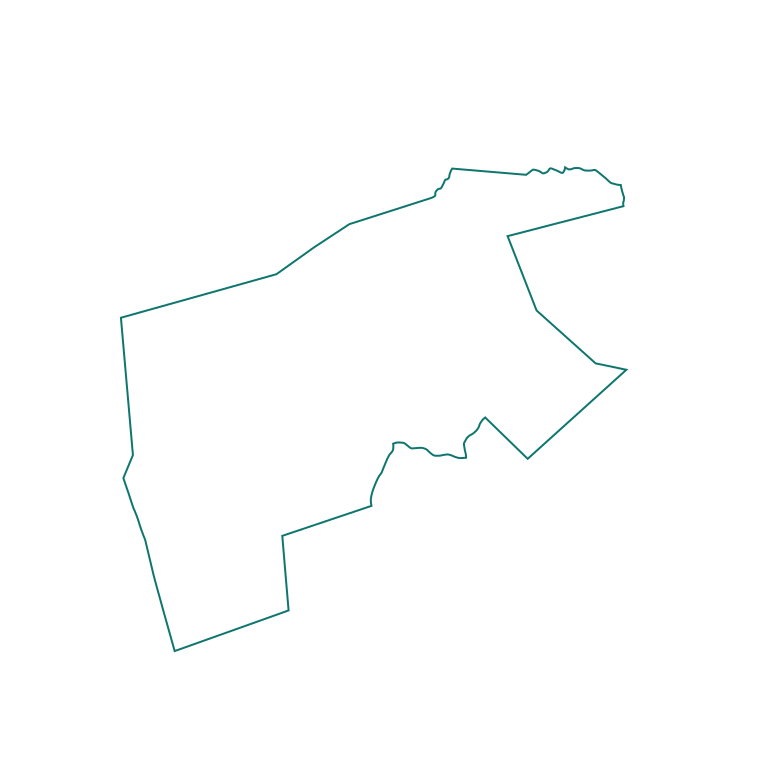 San Nicolas, Copán, Honduras, rotated 158°
{"feature_id": "27666195B43744954115993", "entity_name": "San Nicolas", "entity_type": "district", "adm_level": 2, "iso_a3": "HND", "parent_name": "Honduras", "parent_adm1": "Copán", "projection": "equal_earth", "projection_center": [-88.778, 15.002], "detail": "fine", "context": "isolated", "style": "outline", "palette": "teal", "viewbox_px": 768, "rotation_deg": 158, "n_neighbors": 0, "source": "geoboundaries", "source_scale": "gbopen_adm2", "svg_char_len": 6017}
<svg xmlns="http://www.w3.org/2000/svg" viewBox="0 0 768 768"><g transform="rotate(158 384 384)"><path d="M95.3,459.2L94.9,461.0L93.9,463.2L93.1,463.9L92.5,465.1L92.0,466.1L91.5,466.9L91.4,469.1L91.3,470.3L91.1,472.6L91.0,473.7L90.7,475.4L90.5,477.0L90.2,478.5L89.9,479.8L91.3,480.5L92.5,481.1L93.3,481.6L93.9,482.0L96.5,484.0L97.8,485.0L98.1,485.3L98.3,485.6L98.6,485.9L98.8,486.3L99.0,486.5L99.2,487.0L99.4,487.4L100.0,488.7L100.5,489.8L101.0,490.9L101.5,492.0L102.1,493.0L103.8,496.2L105.5,499.3L107.4,502.5L107.6,502.8L107.9,503.1L108.0,503.2L108.3,503.4L108.5,503.5L108.8,503.7L109.2,503.8L109.6,503.9L110.5,504.0L111.0,504.1L111.8,504.3L112.5,504.5L113.0,504.7L114.4,505.2L115.7,505.8L117.1,506.4L117.5,506.6L118.0,506.9L118.4,507.3L118.9,507.7L119.2,508.0L119.5,508.4L120.3,509.3L120.5,509.5L120.9,510.0L121.4,510.4L121.8,510.8L122.3,511.1L122.7,511.3L123.5,511.7L124.1,511.9L124.9,512.2L125.6,512.5L126.3,512.7L126.9,512.9L127.4,513.0L127.9,513.0L129.2,513.0L130.1,513.1L130.6,513.2L131.3,513.4L131.6,513.4L131.9,513.6L132.2,513.7L132.5,514.0L132.8,514.3L133.3,514.8L133.7,515.3L134.1,515.8L134.5,516.4L134.9,517.0L135.2,516.5L135.5,516.1L135.9,515.5L136.4,514.9L136.7,514.5L137.1,514.2L137.5,513.8L137.8,513.6L138.2,513.3L138.5,513.1L138.8,513.0L139.0,512.9L139.3,512.9L139.5,512.9L139.8,513.0L140.0,513.1L140.4,513.4L140.9,513.9L141.4,514.4L142.6,515.8L143.4,516.7L143.8,517.1L145.8,519.0L147.4,520.6L147.7,520.8L148.0,521.1L148.4,521.3L148.5,521.4L148.7,521.5L149.1,521.6L149.4,521.6L149.6,521.6L150.0,521.5L150.2,521.4L150.4,521.2L151.1,520.6L151.3,520.5L151.8,520.2L152.2,520.0L152.7,519.8L153.1,519.6L153.4,519.5L154.0,519.4L155.1,519.4L155.6,519.4L156.7,519.4L157.0,519.5L157.3,519.6L157.6,519.7L157.8,519.9L158.1,520.1L158.3,520.4L158.5,520.6L158.6,520.8L159.1,521.5L159.3,521.8L159.6,522.3L159.9,522.6L160.2,523.0L160.9,523.7L161.8,524.5L162.4,524.9L163.4,525.7L164.4,526.4L165.0,526.7L165.3,526.9L165.6,526.9L165.8,526.9L166.8,526.7L170.6,525.6L173.8,524.7L240.1,558.2L240.9,557.6L241.9,556.7L242.6,556.1L243.2,555.4L243.4,555.2L243.8,554.7L244.2,554.3L244.9,553.4L245.4,552.6L245.9,551.6L246.1,551.4L246.3,551.2L246.5,551.0L246.6,550.9L246.8,550.7L247.6,550.4L248.1,550.2L248.5,550.2L248.8,550.1L249.2,550.2L249.5,550.2L250.0,550.4L250.3,550.4L250.5,550.4L250.9,550.2L251.2,550.0L251.7,549.6L252.6,548.6L253.3,547.9L254.0,547.3L255.3,546.2L256.5,545.1L257.0,544.8L257.5,544.4L258.1,544.1L258.3,544.1L258.6,544.1L258.9,544.1L259.5,544.3L259.9,544.4L260.4,544.4L260.8,544.4L261.1,544.3L261.3,544.3L261.9,544.0L262.4,543.8L262.9,543.5L263.6,543.2L263.9,542.9L264.1,542.8L264.4,542.5L264.6,542.2L264.9,541.9L265.1,541.4L265.3,541.0L265.4,540.5L265.5,540.2L265.7,539.9L265.9,539.6L266.2,539.4L266.3,539.3L266.5,539.2L267.0,539.1L267.4,539.0L268.3,538.9L269.2,538.8L269.9,538.8L270.6,538.8L356.2,545.2L397.7,536.9L442.6,526.1L603.1,544.0L643.4,412.2L660.9,394.4L661.4,385.8L661.8,377.8L662.0,375.3L662.4,369.8L662.6,366.7L662.7,364.8L662.8,362.7L662.8,361.6L662.7,360.6L662.7,358.0L662.7,356.7L662.7,355.4L662.7,354.1L662.8,352.8L662.8,351.5L663.0,348.7L663.4,343.6L663.6,340.5L663.7,337.8L663.7,336.3L663.8,334.8L663.8,333.3L663.8,330.8L663.8,329.7L663.9,328.6L664.0,327.5L664.3,325.7L665.1,320.5L665.6,317.1L669.3,292.6L669.4,291.4L669.6,290.2L670.1,286.1L671.2,276.9L672.4,266.0L673.2,259.4L676.7,227.7L678.0,215.9L678.1,214.8L557.3,209.8L535.2,281.3L441.3,275.7L441.1,276.6L440.9,277.3L440.8,278.0L440.5,279.1L440.1,280.2L439.9,280.9L439.6,281.6L439.2,282.3L439.0,282.8L438.6,283.4L437.6,285.0L436.5,286.6L435.7,287.7L435.1,288.4L434.4,289.3L433.1,290.8L430.9,293.1L428.3,295.8L426.7,297.3L426.2,297.8L424.2,299.5L423.7,299.9L423.2,300.3L422.7,300.7L422.2,301.0L421.7,301.3L420.8,301.8L420.3,302.1L419.9,302.4L419.5,302.7L419.3,302.9L419.0,303.1L418.1,304.1L416.1,306.2L412.2,310.2L410.0,312.4L409.4,313.0L408.8,313.6L407.2,314.9L405.7,316.2L405.2,316.5L404.9,316.7L404.5,316.9L403.6,317.3L402.8,317.7L402.5,317.9L401.6,318.4L401.3,318.6L400.9,319.0L400.7,319.2L400.3,319.6L399.9,320.2L399.5,320.9L399.2,321.5L399.0,322.0L398.8,322.5L398.4,323.4L398.1,324.4L397.9,325.2L396.8,325.2L395.6,325.1L394.6,325.0L394.0,324.9L393.5,324.7L392.9,324.5L392.5,324.4L390.3,323.4L389.4,322.9L388.6,322.5L388.2,322.2L387.6,321.9L387.5,321.7L387.3,321.5L386.9,320.9L386.1,319.6L385.4,318.3L384.2,316.1L383.8,315.5L383.5,315.0L383.2,314.6L382.9,314.2L382.7,314.1L382.4,313.9L381.6,313.6L376.2,311.9L373.8,311.1L373.2,310.8L372.7,310.5L372.2,310.2L371.7,309.9L371.2,309.5L370.4,308.8L370.0,308.4L369.7,308.1L369.4,307.7L369.0,307.2L368.8,306.9L368.6,306.6L368.3,306.1L368.2,305.6L367.9,304.9L367.7,304.4L367.4,303.9L367.2,303.4L366.5,302.0L365.9,301.0L365.3,300.1L365.1,299.8L364.9,299.6L364.7,299.3L364.4,299.1L364.0,298.8L363.8,298.6L363.3,298.3L362.8,298.1L361.9,297.7L360.9,297.3L359.3,296.7L358.7,296.5L358.0,296.4L356.2,296.1L355.3,295.9L354.3,295.7L352.9,295.3L351.7,295.0L351.3,294.8L350.7,294.5L350.3,294.2L349.7,293.8L348.8,293.1L348.4,292.7L347.6,292.0L346.4,290.7L345.9,290.2L345.4,289.8L344.6,289.1L342.9,287.8L342.4,287.4L342.1,287.3L341.5,287.0L340.9,286.7L339.8,286.3L338.8,285.9L337.8,285.6L336.6,285.3L336.4,285.2L336.2,285.1L335.9,284.9L335.7,284.8L335.4,285.1L335.3,285.4L335.2,285.7L334.9,286.6L334.6,287.6L334.5,288.2L334.3,289.1L333.8,292.4L333.5,293.8L333.0,296.0L332.9,296.4L332.8,297.0L332.7,297.4L332.5,298.0L332.3,298.5L332.2,298.7L332.0,299.0L331.9,299.2L331.6,299.5L331.4,299.7L330.6,300.4L330.0,300.8L328.0,302.4L327.6,302.7L327.2,303.0L326.7,303.2L326.2,303.4L325.4,303.7L324.7,304.0L324.3,304.1L323.4,304.2L322.0,304.4L321.4,304.5L320.7,304.6L319.7,304.8L318.3,305.3L317.1,305.7L315.9,306.2L315.1,306.6L314.6,306.9L313.8,307.4L313.1,307.9L312.6,308.3L312.4,308.5L312.0,308.9L311.5,309.4L311.1,310.0L310.8,310.3L310.4,310.7L310.0,311.1L309.4,311.6L307.2,313.1L306.8,313.4L306.3,313.7L305.7,314.0L305.4,314.1L305.0,314.3L304.2,314.6L303.4,314.8L302.7,315.0L278.8,260.8L154.0,306.4L180.1,323.9L215.0,395.0L214.0,474.8L95.3,459.2Z" fill="none" stroke="#0f766e" stroke-width="2"/></g></svg>